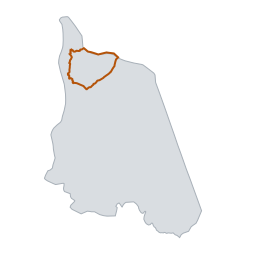 location of Al-Hasakeh, Hasaka (Al Haksa), Syria, rotated 281°
{"feature_id": "27442178B13029247631939", "entity_name": "Al-Hasakeh", "entity_type": "district", "adm_level": 2, "iso_a3": "SYR", "parent_name": "Syria", "parent_adm1": "Hasaka (Al Haksa)", "projection": "albers", "projection_center": [40.726, 36.168], "detail": "fine", "context": "in_parent", "style": "outline", "palette": "amber", "viewbox_px": 256, "rotation_deg": 281, "n_neighbors": 0, "source": "geoboundaries", "source_scale": "gbopen_adm2", "svg_char_len": 4513}
<svg xmlns="http://www.w3.org/2000/svg" viewBox="0 0 256 256"><g transform="rotate(281 128 128)"><path d="M39.2,86.3L41.3,86.6L45.8,89.6L46.6,89.6L48.2,85.9L49.6,84.7L52.5,83.8L53.5,77.8L54.9,76.7L56.6,76.2L59.0,76.2L61.2,75.9L61.4,74.9L58.7,67.8L59.0,66.1L60.7,59.2L61.8,56.5L62.7,55.6L66.0,56.1L70.7,57.5L71.9,59.6L74.1,61.4L77.6,61.4L81.6,61.9L84.7,62.2L87.3,61.0L93.0,58.8L95.8,58.1L98.4,57.2L106.6,53.6L109.9,53.9L112.1,54.5L113.8,55.2L117.6,57.9L120.7,60.6L122.9,61.4L126.9,61.4L132.7,62.0L139.8,62.1L144.0,61.4L149.3,60.2L158.8,57.1L171.2,50.7L178.5,47.5L181.6,47.1L185.7,47.1L189.8,47.9L194.4,48.5L196.6,48.4L201.6,47.7L208.1,46.3L212.2,45.2L217.1,43.4L220.1,40.4L221.1,40.0L222.4,40.6L223.0,40.8L224.3,42.4L225.6,46.7L225.7,47.2L225.4,48.4L222.3,52.0L217.9,56.9L214.8,60.0L209.6,65.2L205.6,66.4L198.9,68.3L197.1,70.1L195.5,73.0L194.5,77.0L194.2,79.5L194.1,84.1L195.7,88.9L197.2,93.5L197.5,96.5L197.3,99.5L195.9,102.8L194.3,107.2L193.4,112.2L192.9,121.5L193.0,129.4L192.8,130.7L190.1,136.3L186.8,142.9L185.2,144.4L178.0,146.4L170.1,151.2L161.2,156.5L153.1,161.3L144.5,166.3L135.6,171.5L129.3,175.2L120.7,180.1L112.9,184.8L104.9,189.5L98.9,193.0L89.7,198.7L84.2,202.0L76.2,206.8L69.2,211.0L60.8,216.0L50.6,213.9L47.4,212.9L44.8,210.3L43.0,208.8L38.2,207.2L35.3,202.3L33.5,200.6L30.3,199.6L31.9,196.7L32.2,194.7L33.7,192.3L33.0,190.7L32.7,187.3L32.1,186.4L32.0,185.5L32.5,184.4L32.4,183.3L31.8,182.8L31.7,181.1L31.3,179.8L31.6,178.3L32.3,177.3L33.2,175.4L34.1,174.9L35.5,173.8L35.9,172.6L37.2,171.4L38.8,170.5L39.3,169.7L39.0,169.2L37.4,168.2L36.7,166.6L37.5,164.3L38.1,163.6L39.1,162.6L41.4,161.0L43.1,160.8L44.6,160.8L47.1,161.1L49.0,161.5L49.5,161.1L49.5,160.5L47.1,159.0L47.1,157.9L47.7,156.7L49.5,154.9L51.6,153.6L52.6,153.4L55.0,150.8L56.6,147.7L54.6,140.1L53.2,138.8L50.9,137.7L49.5,137.5L49.4,137.0L51.4,135.1L52.7,133.5L51.4,131.9L48.8,131.0L47.8,132.6L44.5,132.6L39.3,132.3L37.5,124.3L37.3,120.8L37.6,116.8L39.4,111.1L38.8,108.3L38.8,106.5L38.6,104.0L34.8,98.4L37.5,88.6L39.2,86.3Z" fill="#d9dde1" stroke="#a8b0b8" stroke-width="1"/><path d="M197.9,69.5L197.7,69.2L196.6,68.0L196.2,67.6L196.1,67.0L196.0,66.5L195.8,66.2L195.5,66.1L195.2,66.1L194.6,66.0L194.5,65.9L194.2,65.0L194.1,63.8L194.0,63.0L194.0,62.7L193.8,62.5L193.7,62.3L193.3,62.0L193.2,61.9L193.1,61.7L192.8,61.1L192.7,60.0L193.0,59.5L193.2,59.4L193.7,59.0L193.8,58.5L194.0,58.1L194.2,57.6L193.9,57.5L193.9,57.4L193.8,57.1L193.7,56.8L193.7,56.7L193.3,56.7L193.1,56.7L193.0,56.8L192.8,57.0L192.7,57.1L192.4,57.2L192.0,57.0L191.8,56.9L191.6,56.9L191.4,56.9L191.1,57.1L190.9,57.3L190.7,57.5L190.1,57.5L189.6,57.0L189.4,56.7L189.1,57.1L187.8,58.6L186.8,59.3L184.8,58.9L184.4,58.7L183.5,58.2L182.7,58.2L182.0,58.3L181.2,58.0L180.7,58.0L180.7,58.4L180.4,58.7L180.1,58.9L179.7,59.0L178.0,59.0L176.2,59.3L173.9,59.4L172.4,59.8L171.4,59.8L171.0,59.5L170.4,59.1L169.8,58.8L169.8,58.7L169.2,58.8L168.7,59.0L168.6,59.3L168.7,59.8L168.6,60.0L168.2,60.3L167.6,60.4L167.4,60.4L167.3,60.5L166.8,60.7L166.2,60.6L165.4,60.8L165.3,61.2L165.5,61.7L166.0,62.4L165.9,62.8L165.6,63.6L165.5,63.8L165.3,64.1L164.8,64.1L164.4,64.1L163.9,64.7L163.5,65.0L163.4,65.1L163.0,64.9L162.5,64.9L161.8,65.3L161.6,65.7L162.0,66.4L162.1,67.3L162.2,68.6L162.2,68.9L162.2,69.3L161.9,70.7L161.8,71.2L161.6,72.0L161.5,72.4L160.7,76.3L160.3,76.8L160.2,76.9L158.6,79.1L158.3,79.5L158.5,79.8L158.3,80.2L158.7,80.5L159.1,80.8L159.7,81.3L160.0,81.5L160.3,81.8L160.7,82.4L160.7,82.9L161.0,83.6L161.2,83.8L161.7,84.1L162.2,84.4L162.5,84.6L162.9,84.9L163.5,85.4L163.9,85.7L164.2,85.7L164.8,85.8L165.0,86.5L165.3,86.9L165.6,87.3L165.8,87.4L166.3,87.8L166.6,87.9L167.1,88.2L167.4,88.4L168.1,88.6L168.6,88.9L168.9,89.4L169.1,89.9L169.1,90.1L169.3,90.4L169.5,90.9L169.8,91.2L170.1,91.6L170.4,91.9L171.0,92.6L171.2,92.8L171.8,93.5L172.1,93.8L172.6,94.3L172.9,94.5L173.3,94.7L173.6,94.9L173.8,95.1L174.1,95.4L174.4,95.8L174.8,96.1L175.9,97.1L176.4,97.7L176.5,97.8L176.9,98.1L177.2,98.4L178.1,99.2L178.5,99.4L179.0,99.6L179.2,99.9L179.3,100.1L179.6,100.2L179.8,100.4L180.3,100.6L181.2,100.9L181.5,101.0L183.0,101.5L184.3,102.0L185.0,102.3L186.2,102.9L187.4,102.8L187.8,102.8L189.2,102.9L190.2,102.9L191.4,103.0L193.1,103.2L195.1,104.6L195.5,104.8L197.0,102.3L198.5,99.9L198.4,98.2L198.1,93.7L198.1,93.4L198.1,92.6L197.7,91.7L196.7,89.5L194.8,85.4L194.6,85.1L194.5,84.8L194.6,84.0L194.6,83.9L194.6,83.7L194.7,83.4L195.0,81.0L195.3,78.2L195.4,77.3L195.4,76.6L195.4,75.5L195.4,74.5L195.4,74.3L195.4,74.0L195.9,73.1L196.4,72.3L197.9,69.5Z" fill="none" stroke="#b45309" stroke-width="2"/></g></svg>